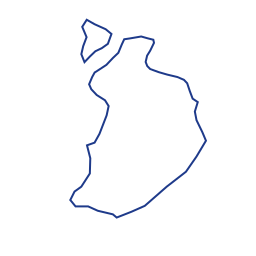 the border of Sarajevo-romanija, rotated 110°
{"feature_id": "BIH-4806", "entity_name": "Sarajevo-romanija", "entity_type": "state/province", "adm_level": 1, "iso_a3": "BIH", "parent_name": "Bosnia and Herzegovina", "parent_adm1": "", "projection": "orthographic", "projection_center": [18.669, 43.854], "detail": "fine", "context": "isolated", "style": "outline", "palette": "blue", "viewbox_px": 256, "rotation_deg": 110, "n_neighbors": 0, "source": "natural_earth", "source_scale": "10m", "svg_char_len": 957}
<svg xmlns="http://www.w3.org/2000/svg" viewBox="0 0 256 256"><g transform="rotate(110 128 128)"><path d="M82.0,71.2L89.7,70.8L97.2,66.3L106.5,56.7L113.3,50.4L131.5,53.9L149.3,58.6L169.8,71.5L195.4,85.6L205.6,96.2L216.0,108.0L214.3,112.7L216.1,128.1L215.3,138.7L219.6,150.5L215.4,157.6L206.0,156.5L199.1,151.8L183.8,148.3L169.3,153.1L158.3,160.6L153.2,154.4L143.3,152.8L123.4,152.4L114.0,153.7L109.8,159.1L107.7,168.7L104.1,175.8L100.2,179.5L92.3,179.1L87.2,178.3L86.5,177.7L76.1,169.9L67.3,166.1L60.7,162.8L51.6,162.4L45.9,161.9L43.2,156.9L37.5,146.9L37.0,140.2L36.4,134.4L39.1,132.7L47.8,133.6L53.5,134.8L59.9,134.0L63.2,131.1L65.0,127.3L65.0,118.2L64.4,109.4L63.2,99.0L63.6,91.9L65.7,87.7L72.0,82.7L78.3,77.3L79.8,71.3L82.0,71.2ZM40.4,203.8L41.9,194.9L42.8,182.8L45.3,175.7L51.6,175.7L55.8,175.7L61.9,179.9L67.0,184.9L73.9,188.3L81.0,191.4L74.6,197.1L66.4,198.1L56.8,198.0L48.6,205.6L40.4,203.8Z" fill="none" stroke="#1e3a8a" stroke-width="2"/></g></svg>